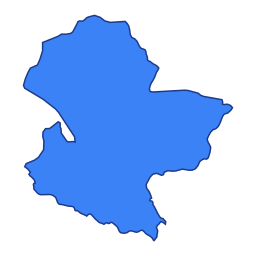 an SVG outline of Mbeya
{"feature_id": "TZA-3335", "entity_name": "Mbeya", "entity_type": "Region", "adm_level": 1, "iso_a3": "TZA", "parent_name": "United Republic of Tanzania", "parent_adm1": "", "projection": "natural_earth1", "projection_center": [33.421, -8.292], "detail": "fine", "context": "isolated", "style": "filled", "palette": "blue", "viewbox_px": 256, "rotation_deg": 0, "n_neighbors": 0, "source": "natural_earth", "source_scale": "10m", "svg_char_len": 2858}
<svg xmlns="http://www.w3.org/2000/svg" viewBox="0 0 256 256"><path d="M165.4,224.2L163.3,222.6L160.9,221.6L159.8,222.8L159.0,223.9L157.4,225.4L156.4,227.4L157.7,230.9L157.5,232.3L157.0,234.7L157.0,236.1L156.8,237.1L156.2,237.9L155.2,238.7L155.2,239.2L154.1,240.6L153.3,240.0L152.5,238.4L150.9,236.8L149.0,235.5L147.4,234.7L145.6,233.4L143.9,231.4L142.0,230.1L139.9,230.8L138.1,231.9L136.3,232.2L134.5,231.8L132.4,231.1L130.1,230.8L128.5,231.6L126.9,232.7L124.8,233.2L121.9,233.0L120.6,232.6L119.6,231.7L118.8,230.2L117.6,227.3L116.3,225.9L112.5,222.8L111.3,222.3L110.7,222.4L109.6,223.3L109.0,223.5L108.2,223.4L106.8,222.9L105.9,222.9L105.4,223.1L104.5,224.0L103.9,224.3L103.6,224.1L101.6,223.2L99.8,222.7L99.2,222.5L95.0,218.7L91.6,214.8L90.4,214.0L89.1,214.1L87.8,214.9L86.7,216.1L85.7,215.4L80.6,213.2L77.5,210.7L77.0,210.6L75.8,210.8L75.3,210.6L74.9,210.0L74.7,208.8L74.4,208.2L73.5,207.0L72.6,206.5L67.8,206.0L61.9,204.5L59.4,204.3L58.4,203.6L57.4,201.9L56.1,198.3L55.4,197.2L52.9,195.3L50.2,194.5L41.3,194.7L39.9,194.5L38.5,193.9L37.2,192.8L34.6,189.8L34.0,189.4L34.0,188.9L33.4,184.2L34.1,183.3L35.2,183.1L34.3,179.9L31.6,177.1L30.1,175.9L28.9,174.3L30.3,172.1L27.8,169.1L24.7,166.7L26.2,163.6L34.6,160.1L38.5,157.3L43.6,149.8L43.9,140.9L42.8,136.6L43.0,132.1L45.5,128.7L49.7,128.5L58.2,121.8L60.0,122.8L60.3,124.4L60.0,126.7L61.0,128.7L61.1,131.0L61.4,133.3L67.1,141.6L69.9,141.9L72.5,141.5L75.1,142.0L74.6,136.9L58.8,112.7L55.6,109.0L43.0,99.2L24.7,88.2L23.5,85.4L25.4,78.7L28.1,72.3L30.4,68.1L37.4,65.0L39.9,59.4L42.6,50.8L42.6,42.5L58.1,36.3L61.6,34.1L66.4,34.2L71.0,33.3L72.8,31.8L77.1,23.7L77.9,21.7L79.6,20.9L82.6,21.2L84.9,19.6L86.5,17.8L88.7,16.9L94.5,15.4L100.1,17.3L104.8,20.9L110.3,22.4L125.1,21.4L127.1,23.4L128.7,26.0L129.7,30.1L130.2,34.4L131.8,37.5L134.7,38.8L137.1,41.4L138.7,44.9L139.8,46.8L141.1,48.3L145.0,49.7L145.9,51.5L146.1,53.7L147.3,57.0L147.6,60.2L148.7,61.0L150.0,61.4L152.9,63.7L156.0,65.3L157.7,66.6L158.8,68.1L157.8,70.3L156.5,72.2L154.6,77.3L153.0,80.3L151.2,83.2L150.0,86.1L149.4,89.3L150.3,91.6L153.0,92.0L184.6,90.2L188.1,90.5L198.2,93.2L200.7,95.3L203.6,96.4L222.0,99.7L222.7,102.1L222.4,104.2L224.2,104.5L227.5,104.2L230.6,105.5L232.5,107.7L230.8,110.3L227.9,112.9L224.1,114.2L222.5,116.6L220.0,123.1L218.2,126.5L215.8,128.7L212.9,129.8L210.4,132.5L208.5,135.9L207.1,139.2L208.2,142.4L209.6,144.8L210.7,147.5L209.9,152.7L208.2,157.8L206.7,159.1L204.5,158.8L201.9,159.8L199.7,161.6L197.9,165.7L195.5,168.7L192.4,170.1L188.9,170.2L182.4,169.1L175.6,171.0L171.7,171.1L167.7,170.7L164.2,172.3L163.5,174.6L161.6,175.3L156.6,173.3L152.9,174.2L150.1,177.1L146.2,184.4L146.6,188.2L148.9,191.2L150.4,194.5L151.6,198.1L150.1,199.0L149.8,200.6L152.1,201.2L152.8,202.2L153.0,204.7L154.5,207.0L158.2,214.4L160.3,217.6L161.6,218.3L162.9,218.5L165.7,221.6L165.4,224.2Z" fill="#3b82f6" stroke="#1e3a8a" stroke-width="1.5"/></svg>